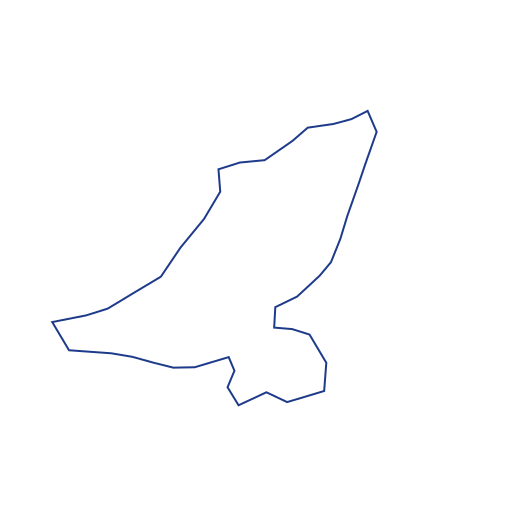 the district of Kato Moni, Nicosia, Cyprus, rotated 214°
{"feature_id": "46923920B54828967689264", "entity_name": "Kato Moni", "entity_type": "district", "adm_level": 2, "iso_a3": "CYP", "parent_name": "Cyprus", "parent_adm1": "Nicosia", "projection": "orthographic", "projection_center": [33.089, 35.054], "detail": "fine", "context": "isolated", "style": "outline", "palette": "blue", "viewbox_px": 512, "rotation_deg": 214, "n_neighbors": 0, "source": "geoboundaries", "source_scale": "gbopen_adm2", "svg_char_len": 678}
<svg xmlns="http://www.w3.org/2000/svg" viewBox="0 0 512 512"><g transform="rotate(214 256 256)"><path d="M358.3,73.3L321.6,94.4L302.3,103.2L281.4,110.2L262.1,117.2L244.6,129.5L222.1,156.9L209.7,148.8L206.2,131.3L187.0,122.5L171.2,148.8L148.5,152.3L124.0,182.2L138.0,206.8L167.7,220.8L185.2,215.6L200.9,206.8L211.4,224.4L199.2,245.4L192.2,275.3L190.4,292.9L195.7,317.5L202.7,340.3L211.4,373.7L216.7,393.0L225.4,426.4L244.6,438.7L253.4,422.9L265.6,408.8L284.9,391.3L290.1,371.9L302.4,340.3L321.6,324.5L335.6,306.9L321.6,289.3L319.8,257.7L323.3,220.8L323.3,185.7L337.3,155.8L349.5,129.5L363.5,111.9L388.0,87.3L358.3,73.3Z" fill="none" stroke="#1e3a8a" stroke-width="2"/></g></svg>